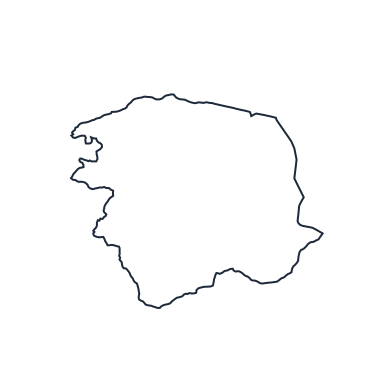 outline of Itaporã, Mato Grosso do Sul, Brazil, rotated 227°
{"feature_id": "56859067B98177520560726", "entity_name": "Itaporã", "entity_type": "district", "adm_level": 2, "iso_a3": "BRA", "parent_name": "Brazil", "parent_adm1": "Mato Grosso do Sul", "projection": "orthographic", "projection_center": [-54.839, -22.004], "detail": "fine", "context": "isolated", "style": "outline", "palette": "slate", "viewbox_px": 384, "rotation_deg": 227, "n_neighbors": 0, "source": "geoboundaries", "source_scale": "gbopen_adm2", "svg_char_len": 4208}
<svg xmlns="http://www.w3.org/2000/svg" viewBox="0 0 384 384"><g transform="rotate(227 192 192)"><path d="M317.5,146.7L317.3,144.8L315.2,144.5L315.6,142.3L312.7,142.2L311.2,143.5L310.5,145.2L309.7,147.4L308.5,149.7L307.4,150.8L306.2,151.9L304.1,151.4L302.9,149.5L301.4,148.4L299.9,147.5L298.2,149.1L296.9,151.0L297.1,152.9L298.2,154.3L300.8,155.5L298.2,156.7L296.5,158.4L294.2,157.4L292.1,157.4L289.9,158.3L287.9,158.2L286.3,156.8L285.9,154.2L286.3,152.4L286.8,149.8L284.6,148.0L281.9,146.5L280.6,145.3L279.7,142.8L281.6,140.8L283.0,139.3L284.7,138.8L285.2,137.3L286.7,136.6L289.6,134.9L291.4,134.2L292.7,133.1L292.3,131.4L290.2,130.8L288.1,131.7L285.7,131.0L284.2,129.6L285.0,128.1L286.3,126.2L286.6,123.8L286.4,122.2L286.2,120.0L286.0,117.4L285.1,115.2L284.6,112.9L281.9,113.4L280.1,115.0L278.2,115.3L276.8,116.0L275.5,117.5L273.8,119.1L271.6,120.3L268.9,120.6L266.1,119.7L263.9,120.1L261.7,121.4L260.4,123.9L259.1,126.1L258.0,127.9L256.6,129.2L255.6,131.2L253.4,132.0L251.6,133.9L249.2,134.2L246.7,135.2L244.8,133.1L242.9,131.7L243.3,129.8L243.5,127.4L242.9,124.9L242.4,123.2L242.2,121.4L241.6,119.3L240.8,117.6L239.7,116.4L238.8,114.8L237.3,114.0L234.1,114.1L233.3,112.2L233.7,110.5L233.3,108.2L235.0,106.8L234.2,104.8L235.6,104.0L234.5,101.6L232.3,99.6L231.4,97.5L231.3,95.6L231.0,93.4L229.3,93.4L229.1,91.5L227.1,90.6L225.4,91.1L223.2,92.3L221.0,94.6L219.6,96.5L217.5,96.0L215.2,95.0L212.9,94.6L210.6,93.9L209.1,95.7L208.1,97.1L206.5,98.5L204.0,99.8L202.0,101.3L200.4,100.8L199.0,99.6L197.5,98.1L196.2,97.1L195.0,95.2L192.8,94.6L191.9,92.8L188.9,92.8L186.8,91.5L184.9,90.3L182.8,90.1L181.2,91.5L179.4,91.6L177.0,91.4L174.9,91.0L172.9,90.1L171.4,89.9L169.0,89.7L167.3,89.0L165.3,88.7L162.5,89.3L160.0,88.0L157.4,86.6L155.3,85.1L153.5,84.0L152.2,82.1L150.7,80.6L149.3,80.0L147.2,80.6L145.5,81.5L142.7,81.5L141.2,81.3L138.9,82.7L136.8,84.5L134.9,85.4L132.9,86.6L131.0,87.5L129.2,89.3L129.3,91.8L128.5,94.5L127.0,97.0L126.2,98.4L125.5,100.0L125.7,103.0L125.4,106.1L125.0,108.8L123.5,111.3L122.4,113.6L122.5,116.3L121.8,118.2L120.4,119.1L120.0,121.0L118.7,122.0L116.8,123.8L115.4,126.3L117.2,128.4L117.2,131.1L116.0,133.4L114.8,135.7L113.1,137.7L111.4,139.7L110.2,141.2L109.3,143.5L111.5,146.6L112.9,148.3L113.9,150.1L115.2,152.3L116.1,154.6L114.7,155.7L113.2,156.5L112.3,159.0L112.0,162.0L110.4,164.6L109.6,167.5L108.1,169.5L106.3,168.9L104.1,169.6L102.9,171.4L101.5,172.6L98.4,173.4L96.1,173.6L94.3,173.9L92.2,175.0L89.9,175.4L87.6,175.3L86.1,175.9L84.0,177.8L81.4,179.0L79.0,179.5L77.0,181.1L75.7,183.0L73.8,185.7L71.9,188.1L70.1,190.6L68.4,193.2L68.1,195.9L67.9,198.5L66.8,201.2L66.8,203.8L66.6,206.1L65.7,208.4L65.5,210.1L67.5,212.7L68.5,215.3L68.4,217.3L68.7,220.4L69.4,222.8L72.1,225.8L73.0,227.2L74.3,229.0L74.9,230.5L75.3,232.1L74.4,234.6L74.3,236.5L74.4,238.9L74.8,240.8L74.7,242.5L74.3,244.7L72.7,246.8L72.0,249.6L71.1,252.1L72.6,259.3L79.5,257.2L83.7,255.7L87.1,253.3L91.5,250.0L94.1,248.7L96.6,248.6L98.6,249.3L101.1,252.1L103.0,254.4L106.9,258.8L108.6,260.7L109.4,262.4L111.0,267.0L111.9,270.1L132.1,276.1L134.2,278.5L136.0,280.7L144.4,290.6L154.3,296.7L160.0,298.7L161.6,299.2L167.4,300.1L169.0,300.3L183.2,302.4L187.0,303.0L189.0,304.0L194.0,300.8L195.8,299.5L199.2,297.2L205.5,292.5L206.2,290.7L207.1,287.1L208.9,288.1L211.1,288.9L214.6,286.7L221.2,282.1L225.8,279.2L232.5,274.5L241.3,268.5L243.1,267.6L245.3,265.5L247.2,264.3L248.4,262.8L249.2,261.3L251.1,259.7L253.3,257.7L254.3,255.6L255.3,254.4L256.6,253.5L257.9,252.6L259.9,251.6L261.4,250.8L263.0,250.3L264.4,249.7L265.9,248.4L268.7,246.0L271.6,244.9L273.4,244.9L275.7,245.1L277.8,243.1L278.9,240.9L280.0,239.4L280.7,237.1L280.8,233.9L281.8,231.6L283.7,229.4L285.1,228.5L288.0,227.6L289.8,226.3L291.8,224.3L293.5,223.0L294.7,221.4L295.3,219.7L296.3,218.4L297.7,216.1L298.8,214.2L299.5,211.9L299.4,210.2L299.2,208.0L299.4,205.5L299.2,203.4L298.5,202.0L298.7,200.0L299.6,198.1L300.4,195.4L301.3,193.3L302.2,191.6L303.6,189.9L305.3,187.9L304.8,186.3L305.8,184.2L307.3,181.7L308.2,180.0L308.6,177.9L309.0,175.4L310.1,173.6L311.2,171.5L311.5,169.6L312.6,167.9L313.3,165.7L314.4,163.2L316.0,160.7L317.1,159.3L318.1,157.1L318.2,154.5L317.6,152.9L318.5,150.7L317.2,148.5L317.5,146.7Z" fill="none" stroke="#1e293b" stroke-width="2"/></g></svg>